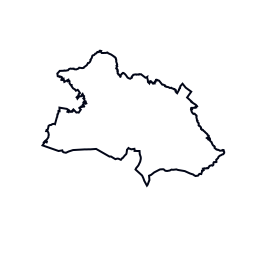 Malu Cu Flori, Dâmbovita, Romania, rotated 221°
{"feature_id": "2599482B3623711215230", "entity_name": "Malu Cu Flori", "entity_type": "district", "adm_level": 2, "iso_a3": "ROU", "parent_name": "Romania", "parent_adm1": "Dâmbovita", "projection": "natural_earth1", "projection_center": [25.228, 45.153], "detail": "fine", "context": "isolated", "style": "outline", "palette": "ink", "viewbox_px": 256, "rotation_deg": 221, "n_neighbors": 0, "source": "geoboundaries", "source_scale": "gbopen_adm2", "svg_char_len": 5937}
<svg xmlns="http://www.w3.org/2000/svg" viewBox="0 0 256 256"><g transform="rotate(221 128 128)"><path d="M198.8,168.5L199.8,168.0L200.1,167.6L199.7,166.6L199.8,166.1L201.0,165.3L200.9,163.5L201.5,162.6L201.4,161.4L201.5,160.8L202.3,159.5L202.3,159.2L201.3,157.0L201.1,155.3L200.8,155.0L200.9,154.7L200.6,154.6L200.1,153.1L200.2,151.5L200.5,150.7L200.8,150.6L200.3,148.4L201.1,144.8L200.9,144.3L201.5,143.5L202.2,142.9L204.4,141.5L204.4,140.4L205.4,138.4L206.6,137.4L207.3,137.1L207.8,137.2L207.9,136.9L208.6,136.6L209.0,136.0L210.5,135.0L211.2,133.6L211.1,132.3L212.7,130.3L213.8,129.6L213.8,129.3L217.0,126.3L217.0,123.8L217.1,122.8L215.0,121.0L214.0,121.7L213.6,121.6L213.6,121.9L213.0,121.9L212.7,122.1L212.7,122.5L211.5,123.0L210.6,122.6L210.6,122.2L209.9,120.6L209.2,120.9L208.8,121.4L209.1,121.6L208.9,121.8L208.8,122.8L206.3,121.0L204.8,125.0L204.1,124.1L203.7,125.1L202.9,125.0L201.5,123.4L199.6,122.9L199.0,123.3L198.5,122.9L198.4,123.1L197.9,122.5L195.5,121.9L193.2,122.3L192.8,122.1L192.3,122.2L191.8,122.0L191.0,123.8L190.1,123.7L187.2,122.9L187.4,121.0L186.9,120.6L186.7,120.0L186.9,117.5L186.3,117.5L185.4,117.0L185.4,118.7L185.6,119.8L184.2,121.2L184.1,121.8L184.6,122.7L184.6,123.9L183.4,123.3L182.0,123.2L181.9,122.9L182.0,122.4L180.5,121.8L180.8,121.0L179.9,120.9L178.0,120.0L178.1,119.3L177.2,120.1L176.9,119.7L175.6,119.2L176.1,118.3L178.2,118.2L177.4,116.9L177.4,116.1L176.4,116.0L175.2,115.5L175.2,115.3L177.4,113.9L177.4,113.7L176.6,113.7L177.6,112.4L177.6,111.6L177.9,111.4L177.9,111.2L175.7,110.9L175.3,107.3L176.2,106.8L177.1,105.8L181.4,106.2L181.4,105.0L180.7,104.9L180.7,104.1L181.4,104.2L181.5,103.1L181.9,103.1L182.0,102.6L183.3,102.5L183.1,101.0L184.4,100.5L184.6,101.3L184.8,101.5L184.8,102.6L186.7,102.3L193.1,98.4L190.7,95.8L191.6,95.2L190.5,93.8L189.8,91.8L190.0,91.7L188.7,89.9L188.7,89.4L187.9,87.7L185.6,83.0L186.4,82.8L187.5,81.5L187.9,80.6L187.9,80.1L189.1,78.6L189.3,77.4L188.2,75.6L187.2,73.3L188.1,73.0L187.7,72.0L186.7,72.8L185.1,72.3L183.2,70.8L182.8,69.8L182.0,68.8L181.7,66.3L181.9,64.7L180.2,64.5L180.0,63.8L182.1,63.3L182.1,62.0L181.5,62.1L181.1,58.8L165.3,65.1L162.9,68.0L161.8,67.3L160.7,67.4L158.6,68.6L157.4,71.3L155.0,75.3L147.1,83.0L142.0,87.6L138.3,91.3L123.2,94.3L122.2,95.3L117.1,96.2L116.0,97.9L115.0,98.6L112.5,99.3L112.6,101.4L112.3,101.9L112.4,105.2L112.2,107.1L112.6,108.1L114.5,111.0L114.4,112.1L114.5,113.2L113.6,113.3L111.5,114.1L109.5,116.5L108.7,115.9L108.0,115.0L104.2,118.2L102.0,116.0L99.3,114.4L98.1,113.1L96.7,110.5L95.6,106.5L95.5,102.9L95.1,101.6L86.2,101.4L83.5,100.2L81.0,98.8L75.9,96.9L76.0,98.1L77.7,102.8L80.8,105.8L79.8,107.8L79.1,111.7L76.7,117.7L74.9,119.5L74.0,120.2L71.8,120.2L70.3,121.2L68.6,123.3L67.9,125.1L66.6,126.0L64.3,128.5L62.8,129.1L56.9,132.7L51.3,134.4L48.2,135.7L47.0,135.7L45.5,136.1L43.9,138.0L44.0,140.2L42.5,141.3L43.2,142.8L43.4,143.4L44.2,144.4L44.0,145.1L43.4,145.3L43.5,145.7L43.3,146.0L44.2,146.6L44.6,146.7L43.7,147.9L42.6,148.6L42.1,149.7L41.6,149.7L41.1,150.3L41.6,152.7L41.5,153.1L40.9,153.9L40.7,154.6L39.5,155.1L39.4,156.1L39.7,156.6L40.5,157.5L40.8,158.5L39.9,159.5L39.3,159.8L39.0,160.4L40.6,162.0L40.4,163.1L40.3,164.5L40.7,165.2L40.7,166.4L40.4,167.7L39.9,168.6L39.5,169.9L38.9,170.7L38.9,171.1L39.1,172.4L39.8,173.1L40.7,173.1L41.1,174.0L41.4,174.1L42.1,173.6L42.7,172.2L43.7,171.2L45.5,170.8L46.0,170.3L46.9,170.1L47.1,169.8L49.7,169.8L50.3,170.8L51.2,170.9L51.7,170.7L52.9,170.8L54.8,171.6L55.4,172.1L57.0,172.1L58.6,172.4L59.7,172.0L61.0,172.3L61.9,172.2L61.7,173.2L59.5,173.0L58.8,172.6L58.5,172.7L58.4,173.0L59.0,173.6L61.1,174.3L61.6,174.3L62.0,175.1L63.5,175.0L64.2,175.4L66.9,175.4L67.9,175.6L69.2,175.4L70.1,175.7L70.6,175.6L71.1,175.1L71.8,175.4L72.3,175.2L73.2,176.2L73.4,176.1L73.9,176.4L74.8,176.6L76.0,176.2L76.6,176.4L76.8,177.0L77.8,178.0L78.9,178.0L80.1,178.5L80.2,179.1L80.4,179.2L81.1,179.1L82.0,180.0L83.2,180.7L83.7,181.6L84.3,182.2L84.6,182.0L85.3,182.4L86.1,182.3L87.1,182.5L87.5,182.2L87.8,181.6L88.6,181.5L90.5,182.0L92.4,183.2L92.1,183.7L92.9,183.8L93.2,184.1L92.3,184.6L92.9,185.2L90.5,187.4L90.1,188.1L90.9,188.5L90.1,189.7L90.3,189.8L92.1,190.0L96.6,189.3L96.6,189.5L97.6,189.4L97.6,189.7L103.4,189.8L104.1,196.9L110.9,196.3L115.9,197.2L115.9,193.8L114.9,192.2L115.2,191.8L114.8,191.0L114.8,190.5L114.5,190.2L113.7,186.5L114.7,186.5L115.1,186.9L115.9,186.7L116.5,187.2L116.4,187.5L116.6,187.9L118.1,187.6L118.1,187.9L118.5,187.9L119.3,187.3L119.8,187.3L120.8,186.8L121.7,186.8L122.6,185.7L124.4,185.3L125.6,184.6L125.9,184.3L126.3,184.2L126.5,184.3L127.0,183.9L127.6,183.8L128.1,184.4L129.7,183.9L130.5,183.2L135.5,184.1L136.4,183.8L136.6,183.5L137.4,183.5L138.1,183.2L138.5,182.7L138.3,182.4L137.8,182.3L137.8,181.3L137.6,180.9L138.1,180.6L137.8,180.2L137.9,179.6L137.6,179.4L138.2,178.9L138.0,178.6L137.6,178.6L138.2,177.9L139.4,178.2L139.8,178.0L140.2,178.0L140.6,178.3L141.3,178.3L141.5,178.0L141.9,178.0L142.3,177.1L142.2,176.7L142.3,176.4L141.8,176.3L141.4,176.4L141.6,176.0L141.4,175.7L143.1,175.8L144.4,177.1L146.7,178.6L147.0,179.1L147.3,178.1L147.8,177.4L153.5,177.1L154.2,176.3L154.7,176.1L154.7,175.7L155.2,175.4L155.2,175.1L156.6,174.1L156.7,173.7L157.6,173.3L158.9,171.6L158.7,171.2L158.9,169.4L158.8,169.1L158.1,168.6L158.7,166.6L160.2,166.0L161.5,165.8L164.2,166.5L165.8,166.7L167.5,166.6L168.0,166.2L167.9,165.7L168.3,164.8L168.1,164.3L168.2,163.0L167.3,162.0L167.3,161.7L167.6,161.6L168.8,162.5L169.2,162.1L169.7,162.2L169.9,162.4L170.5,162.1L171.1,162.5L171.9,162.6L172.6,163.8L173.2,163.8L173.4,164.0L173.2,164.4L173.6,164.8L173.9,164.7L174.3,165.2L175.6,165.2L175.5,165.6L176.2,165.8L176.5,166.6L176.5,166.9L177.2,167.3L176.9,167.7L177.1,167.8L177.6,167.8L177.8,168.8L180.5,170.4L181.4,171.6L181.9,171.7L182.4,172.3L183.0,172.4L183.3,172.8L185.1,172.9L185.6,172.6L186.2,172.7L188.8,172.4L192.0,171.4L193.0,171.5L193.3,171.3L193.5,170.7L194.2,169.9L197.0,167.4L197.4,167.4L198.3,167.6L198.7,168.1L198.8,168.5Z" fill="none" stroke="#020617" stroke-width="2"/></g></svg>